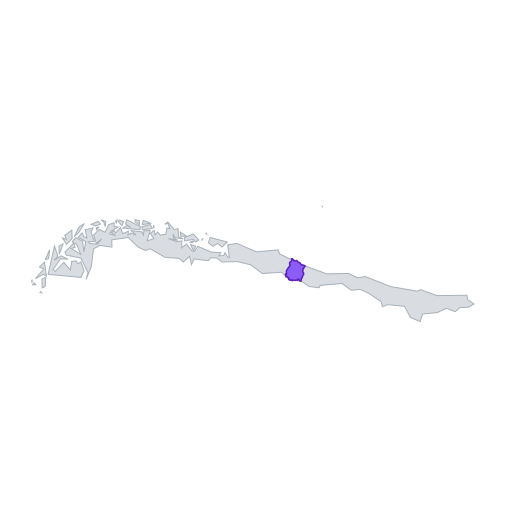 Chile, with Maule highlighted, rotated 95°
{"feature_id": "CHL-2705", "entity_name": "Maule", "entity_type": "Region", "adm_level": 1, "iso_a3": "CHL", "parent_name": "Chile", "parent_adm1": "", "projection": "mercator", "projection_center": [-71.352, -35.623], "detail": "fine", "context": "in_parent", "style": "filled", "palette": "violet", "viewbox_px": 512, "rotation_deg": 95, "n_neighbors": 0, "source": "natural_earth", "source_scale": "10m", "svg_char_len": 6029}
<svg xmlns="http://www.w3.org/2000/svg" viewBox="0 0 512 512"><g transform="rotate(95 256 256)"><path d="M276.7,42.5L281.1,41.2L284.8,34.7L288.5,39.8L289.6,48.4L294.1,52.7L291.5,62.0L296.5,70.4L299.3,85.0L307.0,86.7L303.9,96.7L293.2,103.7L293.0,120.6L295.4,125.6L290.7,127.4L283.5,140.0L280.2,149.3L281.8,158.0L275.9,168.0L279.7,189.5L282.1,190.4L281.8,200.5L275.5,211.5L276.9,220.4L269.9,229.0L272.9,248.1L265.2,260.6L263.2,274.0L264.9,288.9L261.4,295.2L261.8,301.1L264.9,303.2L264.3,317.3L270.2,319.5L262.1,322.2L268.4,327.9L265.0,332.3L265.4,346.1L258.1,362.1L260.1,366.8L257.3,374.3L248.7,385.0L252.5,401.1L259.7,400.3L259.1,412.4L263.0,418.5L280.8,419.1L294.1,423.2L287.2,422.0L273.4,430.2L271.6,445.2L268.9,446.7L259.0,438.8L263.2,437.0L264.6,440.8L269.6,430.8L260.2,435.5L257.8,440.4L253.4,437.2L256.3,430.1L267.0,427.8L256.4,426.8L252.8,434.7L248.1,431.2L251.7,429.3L252.7,426.1L244.8,428.3L242.3,420.7L246.4,422.4L255.7,418.3L256.4,424.2L258.1,422.7L257.9,414.8L252.3,411.2L257.4,416.1L249.2,419.6L243.2,414.4L245.5,408.5L237.7,405.6L235.2,400.3L238.9,400.0L239.2,395.8L243.7,402.2L246.7,403.9L248.0,397.6L245.2,402.3L243.2,399.3L245.4,397.9L239.4,393.5L245.3,390.7L242.4,385.3L246.4,385.4L244.1,383.0L245.5,377.4L241.7,382.6L241.9,371.7L244.9,370.0L240.8,369.9L239.8,363.7L250.4,365.7L247.5,359.2L242.9,363.3L239.2,359.8L243.8,358.3L240.7,356.2L243.6,353.0L242.2,347.8L236.0,347.2L236.2,344.3L231.3,346.7L232.3,349.7L229.8,346.8L236.8,339.7L235.5,336.1L243.6,334.7L245.3,330.1L244.8,338.4L241.5,340.5L245.3,339.7L247.3,335.3L246.3,345.0L248.6,336.4L247.4,331.1L254.4,330.7L250.2,326.3L256.7,319.9L256.8,318.0L251.5,314.7L256.0,300.8L255.8,291.4L259.1,293.0L258.3,288.1L255.4,287.2L259.5,284.1L259.9,282.4L247.3,285.2L245.1,276.2L251.8,255.9L248.0,234.6L251.9,232.6L260.7,209.9L267.6,183.8L265.3,162.6L268.8,152.6L267.0,145.2L274.7,119.2L277.0,92.2L275.2,89.2L279.7,72.2L276.7,42.5ZM292.6,428.5L292.4,461.5L263.6,457.6L273.4,453.4L277.7,456.5L272.8,450.2L275.7,442.9L275.7,450.5L287.1,457.0L288.9,454.7L279.1,446.8L286.2,439.7L277.5,439.2L276.5,434.8L279.3,432.7L277.1,429.9L285.7,426.0L292.6,428.5ZM247.0,304.6L241.5,303.2L244.6,285.9L250.1,290.6L246.8,295.3L250.0,299.6L247.0,304.6ZM240.1,374.0L239.7,390.9L237.1,387.0L238.5,382.9L235.5,388.7L231.2,387.9L237.0,373.5L240.1,374.0ZM280.6,466.1L294.1,463.1L292.8,466.2L297.8,473.8L287.6,466.4L285.7,470.7L280.6,466.1ZM247.3,317.5L244.9,319.9L247.2,328.4L244.1,329.1L239.5,320.6L245.0,314.3L247.3,317.5ZM254.5,440.7L260.9,445.6L255.0,450.4L255.9,446.5L252.0,448.3L246.3,441.7L254.5,440.7ZM260.8,449.2L271.5,452.2L263.2,453.0L260.8,449.2ZM306.4,466.2L297.6,467.2L295.5,463.5L304.9,463.4L306.4,466.2ZM239.9,371.6L236.8,372.1L233.9,364.1L237.6,361.7L239.9,371.6ZM234.7,372.0L230.3,371.5L232.6,364.0L234.7,372.0ZM255.8,318.9L250.3,322.2L251.5,316.9L255.8,318.9ZM237.7,413.7L240.2,418.5L238.8,423.0L235.2,416.0L237.7,413.7ZM238.6,429.9L248.0,434.6L252.6,438.8L242.6,434.8L238.6,429.9ZM242.9,332.7L238.8,333.4L242.2,327.2L242.9,332.7ZM267.7,462.1L276.8,462.4L277.8,465.5L267.7,462.1ZM235.1,374.9L232.6,379.3L230.4,379.8L230.9,375.2L235.1,374.9ZM237.2,392.3L233.9,396.0L232.1,395.5L233.2,390.9L237.2,392.3ZM240.0,408.7L235.7,410.4L233.5,413.6L234.7,408.7L240.0,408.7ZM233.5,399.1L232.3,397.4L235.1,397.9L233.5,399.1ZM248.2,322.8L246.6,320.7L246.9,319.5L248.1,320.2L248.2,322.8ZM243.8,417.1L242.0,417.5L240.7,415.0L243.8,417.1ZM236.8,360.5L233.8,360.6L236.7,360.1L236.8,360.5ZM303.8,473.0L304.2,476.0L302.1,474.8L303.8,473.0ZM243.7,310.4L245.4,311.6L243.7,311.0L243.7,310.4ZM302.5,476.8L299.7,477.3L299.5,476.9L302.5,476.8ZM311.3,466.3L311.1,468.0L310.3,467.4L311.3,466.3ZM201.7,193.5L200.7,194.5L200.7,194.4L201.7,193.5ZM238.4,306.9L237.8,308.0L237.5,307.3L238.4,306.9Z" fill="#d9dde1" stroke="#a8b0b8" stroke-width="1"/><path d="M277.2,209.1L277.2,209.9L277.0,210.6L275.6,211.1L275.3,211.6L275.5,212.1L275.8,212.2L276.2,212.2L276.6,212.4L276.7,212.7L276.6,212.8L276.4,212.8L276.3,213.1L276.5,213.8L276.6,214.0L276.8,214.2L276.8,214.3L276.8,214.8L276.8,215.2L276.8,215.4L276.7,215.8L276.7,216.0L277.1,217.1L277.3,217.3L277.3,217.7L276.7,218.3L276.7,218.7L276.8,218.7L277.0,218.7L277.1,218.8L276.9,219.0L276.8,219.3L277.1,220.1L277.0,220.4L276.9,220.5L276.7,221.0L276.5,221.4L276.3,221.5L276.0,221.5L275.6,221.3L275.4,221.2L275.3,221.3L275.2,221.4L275.2,221.6L275.1,221.8L274.9,222.0L274.6,222.4L274.5,222.5L274.3,222.5L274.2,222.6L274.1,222.8L274.1,223.0L274.0,223.3L274.0,223.5L274.1,223.8L274.2,224.2L274.1,224.3L273.3,224.5L273.2,224.5L273.2,224.4L272.8,224.2L272.6,224.1L272.4,224.2L272.3,224.3L272.3,224.7L272.2,224.9L272.0,225.0L271.8,225.1L271.7,225.0L271.3,225.0L271.2,224.8L271.1,224.6L271.0,224.3L270.9,224.2L270.6,224.1L270.4,224.1L270.2,224.2L269.7,224.2L269.5,224.3L269.4,224.3L267.9,224.4L265.1,222.9L264.6,222.6L264.4,222.4L263.9,222.2L262.3,221.1L262.1,221.1L261.9,221.1L261.6,221.6L261.0,221.9L260.1,221.9L259.3,221.8L258.8,221.3L258.5,220.5L258.3,220.4L257.5,220.2L256.9,220.0L256.5,219.9L255.7,220.3L255.7,220.0L255.7,219.9L255.7,219.7L255.7,219.4L255.8,219.2L256.6,218.4L256.8,218.3L256.8,218.0L257.3,217.7L257.5,217.2L257.5,216.8L257.4,216.3L257.0,215.4L256.9,215.2L257.0,215.0L257.1,214.8L257.9,214.2L258.0,214.1L258.2,213.7L258.4,213.4L258.4,213.2L258.4,212.9L258.6,212.6L258.9,212.5L258.9,212.2L259.0,211.7L259.2,211.4L259.5,211.1L260.2,210.6L260.5,210.4L260.7,210.1L260.8,209.7L260.9,209.3L261.0,207.8L261.0,207.6L261.2,207.4L261.3,207.2L261.5,206.5L261.6,206.4L261.8,206.2L262.2,206.4L262.8,206.8L263.2,207.2L263.3,207.3L263.5,207.3L264.0,207.3L264.3,207.5L264.5,207.7L264.8,208.1L265.0,208.3L265.3,208.2L265.5,208.1L265.9,208.0L267.6,208.1L267.9,208.0L268.0,207.9L268.3,207.5L268.3,207.4L268.5,207.3L268.6,207.2L269.2,207.2L269.3,207.2L269.7,207.0L269.9,206.9L270.1,206.9L270.3,207.0L270.6,207.3L270.9,207.3L271.1,207.4L271.6,207.7L272.0,207.9L272.3,208.0L272.5,208.0L273.3,207.9L273.5,208.0L274.4,208.8L274.5,208.9L274.7,209.0L274.9,209.0L275.0,209.0L275.5,208.8L275.9,208.8L277.2,209.1Z" fill="#8b5cf6" stroke="#5b21b6" stroke-width="1.5"/></g></svg>